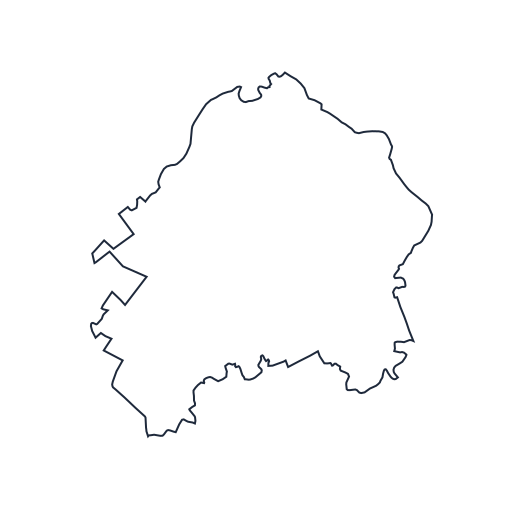 Vinh Yen, Vĩnh Phúc, Vietnam, rotated 340°
{"feature_id": "81297802B55955468315553", "entity_name": "Vinh Yen", "entity_type": "district", "adm_level": 2, "iso_a3": "VNM", "parent_name": "Vietnam", "parent_adm1": "Vĩnh Phúc", "projection": "albers", "projection_center": [105.597, 21.306], "detail": "fine", "context": "isolated", "style": "outline", "palette": "slate", "viewbox_px": 512, "rotation_deg": 340, "n_neighbors": 0, "source": "geoboundaries", "source_scale": "gbopen_adm2", "svg_char_len": 5209}
<svg xmlns="http://www.w3.org/2000/svg" viewBox="0 0 512 512"><g transform="rotate(340 256 256)"><path d="M345.9,93.5L343.1,94.9L341.0,95.6L339.5,95.6L338.6,95.1L338.4,95.0L337.5,92.3L336.5,90.8L335.2,90.8L332.3,91.2L329.6,92.2L328.6,92.9L328.5,94.2L328.8,95.1L328.9,96.0L328.7,97.5L328.7,99.0L329.0,99.6L326.9,100.8L326.5,101.9L325.1,101.6L323.7,102.1L321.6,100.7L319.3,98.8L317.5,98.0L316.1,98.5L315.1,99.8L314.9,100.9L315.3,104.1L316.0,106.1L315.7,107.4L314.5,108.5L311.5,109.1L305.5,108.9L302.0,107.9L299.1,107.9L297.2,106.9L295.4,104.6L294.6,102.1L294.7,99.5L295.2,97.5L296.7,95.5L299.7,92.2L298.7,91.2L296.2,90.7L292.6,91.8L289.7,92.7L287.8,92.5L285.9,92.2L280.3,92.0L276.7,92.5L272.9,93.4L269.0,93.8L267.1,93.9L261.0,96.3L256.2,99.7L251.1,103.6L243.5,109.5L240.5,112.4L239.1,114.8L232.8,128.2L230.8,130.6L225.6,136.0L221.3,139.2L217.0,141.1L213.2,142.5L211.0,142.6L207.1,141.6L202.7,141.4L199.2,142.7L194.7,146.5L191.0,150.8L189.5,152.8L189.0,155.3L189.0,158.6L187.4,159.5L183.5,161.9L181.0,162.0L179.5,162.0L177.2,162.9L170.8,166.9L170.7,167.0L167.3,160.9L163.5,162.1L163.1,164.0L161.8,167.2L160.2,169.9L154.9,170.6L153.6,169.5L152.3,166.1L141.5,169.6L148.5,193.6L124.5,200.5L118.6,189.4L105.6,196.3L103.0,197.6L101.8,207.4L103.4,207.1L117.3,202.6L119.9,201.8L127.4,220.2L146.1,238.1L116.2,257.2L113.7,251.0L108.5,240.5L95.2,250.1L93.0,252.4L94.2,253.8L98.1,256.4L92.9,258.7L91.7,259.7L89.6,262.3L83.6,265.5L82.5,265.6L79.9,263.1L78.9,262.9L78.0,263.3L76.9,265.4L76.4,270.5L77.0,275.2L77.3,277.9L83.9,275.3L85.6,277.7L87.1,279.8L91.9,284.3L84.0,290.1L80.6,292.7L95.0,308.5L85.5,316.6L78.5,325.0L76.9,327.5L76.6,329.3L76.7,330.5L78.4,333.4L83.8,343.5L90.7,357.3L96.8,368.9L96.9,370.1L93.9,379.9L93.7,381.0L93.1,383.3L92.9,388.5L93.9,387.9L95.6,388.4L99.1,389.1L104.7,392.3L106.7,392.9L106.8,392.9L108.4,392.2L111.9,389.9L112.9,389.5L114.1,389.6L115.7,390.6L118.4,392.8L120.3,394.1L126.3,387.9L130.5,384.6L132.2,384.8L134.3,387.3L135.5,388.5L136.9,389.3L139.5,390.8L141.3,392.5L142.7,390.2L143.5,387.0L143.6,386.5L143.5,385.5L142.1,381.4L141.0,378.4L140.9,377.2L144.6,376.0L147.5,375.5L148.3,373.6L148.3,370.7L149.8,366.3L150.6,362.9L151.3,361.0L154.2,359.0L157.3,357.4L161.1,356.1L162.9,357.2L163.7,357.7L164.1,357.2L164.1,355.7L164.6,354.9L165.4,354.2L167.5,353.7L169.7,353.7L171.5,354.0L173.1,355.3L174.2,356.8L177.6,360.7L182.6,360.4L186.8,359.3L188.4,355.8L189.1,354.7L189.2,350.6L189.4,348.9L193.2,347.7L194.4,348.1L196.6,350.0L198.3,350.1L199.4,350.1L199.2,351.4L198.7,352.4L199.1,353.6L200.4,353.7L202.0,353.6L202.5,354.7L202.7,356.8L202.5,361.1L202.5,363.5L203.2,365.5L203.3,368.0L204.9,368.7L206.7,369.7L208.2,370.1L211.4,370.2L213.9,369.8L221.3,367.1L222.3,365.4L222.3,364.3L221.7,363.0L220.9,361.5L220.7,360.4L220.9,359.2L222.3,358.0L224.5,356.2L225.5,355.0L225.9,353.5L225.9,352.8L226.3,352.0L227.1,351.6L228.1,351.6L228.6,352.7L228.8,355.1L229.1,356.8L229.5,358.2L230.8,358.0L231.4,357.5L232.0,357.4L232.4,358.4L232.3,359.5L231.1,360.7L230.0,363.5L234.1,364.7L245.9,364.7L248.1,364.3L248.2,371.3L260.0,369.7L272.7,368.2L281.6,366.7L281.6,372.1L283.5,380.2L285.7,381.1L286.5,381.4L288.2,381.8L289.3,382.0L289.7,382.7L289.8,384.0L290.0,385.1L290.9,385.1L292.9,384.1L294.2,384.5L295.4,386.5L297.3,388.7L296.2,390.9L296.4,392.7L300.1,396.0L302.1,398.2L302.2,401.1L299.0,404.4L297.7,405.7L296.9,407.4L295.7,412.2L296.4,413.4L298.5,414.2L301.6,414.9L303.7,415.4L305.0,416.6L305.6,418.0L306.4,419.7L308.0,420.8L311.4,421.3L317.8,419.5L320.8,419.3L324.5,419.0L326.9,418.2L329.1,417.2L330.4,415.7L333.3,413.3L335.2,410.0L336.9,407.6L337.9,406.7L338.7,406.6L339.3,407.0L339.8,408.8L340.1,411.1L341.1,415.1L341.7,416.7L342.6,418.1L343.8,419.1L345.2,419.4L347.8,418.6L346.0,413.7L345.8,412.0L346.3,409.9L347.7,408.1L349.6,407.0L354.4,406.1L357.4,405.4L361.9,402.2L363.6,400.3L363.6,400.1L362.0,397.4L360.4,396.2L358.5,395.9L353.4,392.7L354.9,390.5L355.9,386.8L356.6,385.0L357.3,384.6L359.4,384.8L363.2,386.3L365.6,387.6L371.6,387.5L373.3,388.3L374.8,389.7L374.4,378.4L374.6,371.0L374.6,363.9L374.2,353.3L374.4,346.9L374.5,343.0L372.6,342.8L372.0,342.2L372.2,340.3L372.4,338.6L372.4,336.9L374.8,334.5L377.0,333.5L377.7,333.8L378.9,335.0L382.8,335.0L384.5,335.7L385.7,335.7L386.4,334.8L387.1,331.6L387.1,329.7L386.6,327.7L384.7,325.8L380.9,324.8L379.2,324.4L378.7,322.7L379.7,321.2L381.8,319.8L385.0,317.8L386.0,317.0L386.0,315.6L386.6,314.5L387.6,313.9L391.2,313.9L394.4,311.0L397.4,308.5L400.0,306.7L402.7,306.0L403.5,304.9L406.3,301.9L408.3,300.2L409.5,300.1L415.1,299.6L417.3,298.6L426.5,291.3L431.0,286.7L432.7,283.9L435.1,278.4L435.6,277.4L435.0,268.1L433.4,264.7L430.6,260.4L428.2,256.1L423.9,249.1L422.2,245.9L421.3,243.5L419.9,239.4L417.7,231.7L415.8,226.3L415.3,220.6L415.7,217.5L415.7,211.7L414.8,210.6L414.7,209.1L416.8,206.4L420.1,201.8L421.2,200.0L421.3,198.7L421.0,197.6L420.9,191.5L420.1,187.2L419.2,184.8L417.5,182.8L414.1,180.9L407.9,178.5L403.0,177.1L399.6,176.3L394.7,175.8L392.7,174.6L391.2,173.5L389.4,169.1L387.5,166.5L385.1,162.8L382.2,159.7L379.6,155.0L377.0,151.4L374.2,147.5L372.3,145.2L367.5,140.7L369.5,135.9L368.8,134.6L364.3,129.6L359.4,126.0L358.9,122.1L358.9,114.8L357.0,109.3L354.2,103.8L350.0,98.9L345.9,93.5Z" fill="none" stroke="#1e293b" stroke-width="2"/></g></svg>